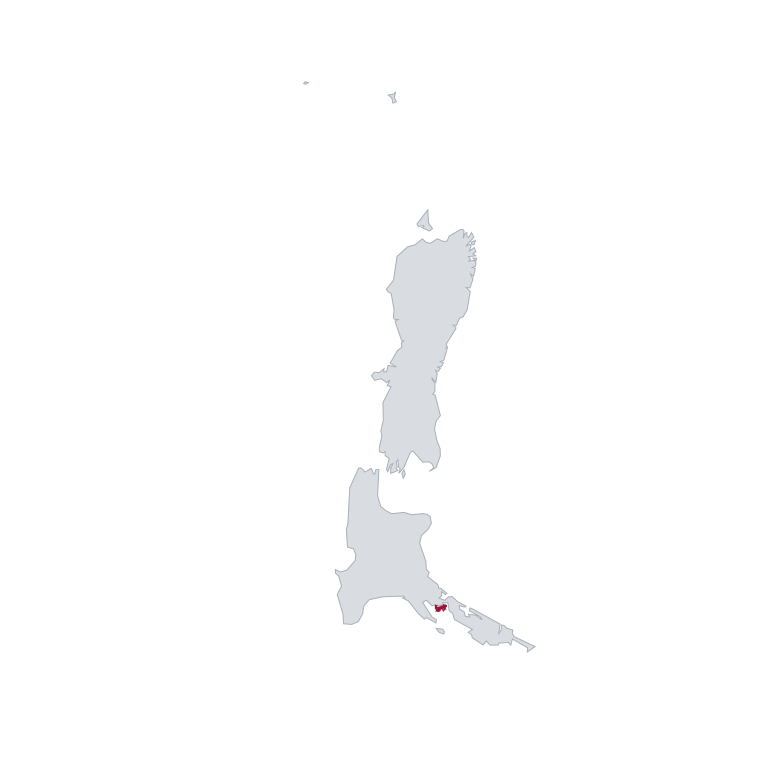 Waiheke Local Board Area, Auckland, New Zealand (highlighted), rotated 152°
{"feature_id": "76426892B70848202071782", "entity_name": "Waiheke Local Board Area", "entity_type": "district", "adm_level": 2, "iso_a3": "NZL", "parent_name": "New Zealand", "parent_adm1": "Auckland", "projection": "albers", "projection_center": [175.058, -36.805], "detail": "fine", "context": "in_parent", "style": "filled", "palette": "rose", "viewbox_px": 768, "rotation_deg": 152, "n_neighbors": 0, "source": "geoboundaries", "source_scale": "gbopen_adm2", "svg_char_len": 7675}
<svg xmlns="http://www.w3.org/2000/svg" viewBox="0 0 768 768"><g transform="rotate(152 384 384)"><path d="M389.9,311.1L392.9,311.2L405.6,301.0L411.0,298.8L412.4,298.6L409.5,301.6L410.2,303.7L407.3,310.6L409.8,309.4L411.3,304.7L413.0,303.8L412.3,301.1L420.1,301.9L417.5,306.7L413.4,309.5L416.0,309.7L421.8,304.7L421.8,307.6L414.3,315.8L416.6,320.2L414.7,323.9L416.9,323.4L419.8,326.2L418.1,329.9L410.0,339.4L408.8,344.1L401.5,352.5L393.7,368.0L379.1,378.3L382.0,381.0L376.9,384.8L381.0,384.0L383.9,389.9L390.5,391.6L391.2,397.2L386.9,398.9L382.7,396.3L376.7,397.5L378.6,395.1L376.0,393.6L371.6,398.5L365.0,393.1L368.8,399.5L356.3,407.3L351.0,408.1L349.3,412.2L346.3,412.6L348.1,413.8L344.8,434.3L341.3,434.4L344.6,436.5L344.2,438.6L340.3,444.7L335.2,460.5L337.5,464.0L337.3,466.6L327.0,471.1L312.6,490.5L299.0,494.0L291.0,492.3L282.0,494.2L280.2,489.1L276.9,486.5L268.7,487.2L264.5,481.8L261.0,480.6L257.2,484.0L244.5,484.5L242.1,483.8L241.4,481.7L245.7,475.5L241.6,479.0L239.7,478.8L241.3,476.0L240.8,473.6L235.7,476.6L235.7,471.5L247.1,467.2L242.5,467.1L242.0,465.4L246.3,461.2L240.2,462.1L240.9,457.6L244.3,457.2L242.8,454.1L249.9,456.9L248.8,453.8L251.4,452.7L246.5,450.8L246.0,447.6L248.3,444.9L251.5,445.7L249.2,443.1L254.5,437.0L256.1,441.2L256.1,434.9L263.0,428.5L266.1,430.6L264.4,425.2L275.8,410.4L282.5,406.2L286.3,406.6L292.4,401.9L295.3,403.4L294.0,400.4L294.8,398.9L310.6,389.9L310.5,387.3L312.3,386.8L311.0,386.2L320.0,376.9L323.9,377.3L321.5,374.9L325.2,372.4L329.1,374.0L326.8,371.4L330.2,369.6L332.1,371.8L332.1,368.4L337.4,361.1L338.7,366.7L339.3,365.9L338.8,360.3L342.6,353.6L345.7,352.1L344.0,350.2L349.1,329.6L355.3,326.9L360.5,320.6L363.9,309.1L364.8,300.6L368.0,294.1L377.2,285.8L385.0,285.6L379.6,286.6L379.0,290.7L380.7,294.3L386.4,296.7L389.9,311.1ZM381.1,83.7L390.3,98.6L394.7,93.9L395.5,97.4L404.2,101.3L405.8,99.9L413.0,103.7L414.2,109.0L419.0,107.2L425.3,118.5L424.3,121.4L426.3,125.3L421.2,125.8L432.4,143.0L431.1,149.1L432.9,153.2L430.3,160.9L434.9,163.2L436.5,161.3L445.9,166.1L448.2,173.3L452.4,173.1L451.0,155.8L448.3,151.3L450.3,148.6L456.2,157.8L458.7,157.4L461.4,165.0L464.4,181.2L468.0,186.3L466.0,185.4L465.6,186.7L467.5,188.2L485.0,196.7L498.3,200.5L506.0,197.5L510.7,191.1L518.3,186.2L525.4,186.9L532.3,191.3L528.2,200.3L524.1,220.1L516.3,225.6L514.2,235.6L515.6,239.8L514.0,243.0L510.9,238.5L504.0,237.1L492.2,241.8L488.9,246.7L488.4,253.0L492.8,257.1L485.5,273.3L481.4,277.8L462.9,308.5L445.8,321.7L443.5,320.5L442.1,315.2L434.9,315.5L435.4,309.4L434.5,308.7L431.7,312.1L428.6,311.0L442.1,288.4L444.4,277.3L441.9,271.4L438.1,265.9L426.6,261.2L421.0,255.6L410.1,251.1L406.9,248.4L405.5,244.8L407.6,238.7L413.5,235.0L422.1,232.6L427.3,226.6L430.3,207.7L433.6,200.8L432.5,196.5L435.9,193.5L430.6,181.5L431.6,177.8L430.0,177.3L426.7,169.6L428.7,169.3L430.7,173.6L432.5,170.0L435.9,169.2L431.9,164.4L427.1,165.8L423.7,164.4L421.1,157.1L415.8,149.3L417.3,149.0L421.6,152.9L423.0,149.8L420.2,145.3L421.3,140.7L417.8,138.1L417.5,141.0L411.5,136.8L408.1,129.6L408.2,133.3L415.1,143.7L413.3,145.9L412.1,144.8L394.2,117.5L399.9,109.9L396.4,111.4L393.2,116.1L391.4,114.2L390.3,110.7L385.8,106.3L387.8,103.5L387.7,99.8L373.9,81.2L383.3,80.1L381.1,83.7ZM272.2,497.9L277.2,504.5L274.7,504.2L274.9,505.6L279.6,506.8L279.8,509.8L263.5,517.3L269.1,505.2L268.2,498.4L272.2,497.9ZM242.8,633.0L244.6,637.1L239.3,635.4L236.7,636.6L240.3,632.1L240.5,627.5L244.3,627.8L242.8,633.0ZM451.8,138.5L452.8,143.8L447.2,139.9L447.0,137.1L448.4,135.2L451.8,138.5ZM410.1,296.8L406.7,298.8L407.5,294.4L411.3,291.7L410.1,296.8ZM240.8,465.8L240.6,468.3L235.9,467.7L239.3,464.6L240.8,465.8ZM312.6,685.5L313.9,687.0L311.7,687.9L309.3,685.6L312.6,685.5ZM245.1,449.5L246.4,453.4L243.1,451.7L245.1,449.5Z" fill="#d9dde1" stroke="#a8b0b8" stroke-width="1"/><path d="M438.9,160.0L438.7,160.0L438.8,160.1L438.7,160.2L438.9,160.2L439.0,160.2L439.3,160.1L439.4,160.3L439.4,160.2L439.5,160.2L439.7,160.3L439.7,160.5L439.6,160.4L439.6,160.6L439.4,160.5L439.5,160.6L439.7,160.8L439.8,160.7L439.9,160.8L440.0,160.7L440.2,160.8L440.3,160.8L440.4,160.7L440.5,160.4L440.6,160.5L440.7,160.3L440.7,160.1L440.8,160.1L440.7,160.4L440.7,160.5L440.9,160.6L440.8,160.8L440.8,161.0L441.1,161.1L441.1,160.9L441.3,160.5L441.3,160.3L441.6,160.3L441.5,160.6L441.4,160.7L441.3,160.8L441.6,160.8L441.5,161.0L441.8,161.0L442.0,160.9L441.9,160.8L441.8,160.7L442.1,160.6L442.2,160.4L442.3,160.4L442.2,160.2L442.3,160.1L442.2,160.0L442.3,160.0L442.2,159.9L442.3,159.7L442.1,159.6L442.1,159.4L442.0,159.2L442.3,158.8L442.6,158.8L442.7,158.6L442.9,158.7L443.0,158.8L443.3,158.4L443.2,158.2L442.7,158.0L442.4,157.8L442.4,157.6L442.6,157.6L442.4,157.5L442.2,157.6L442.1,157.8L441.9,157.9L441.8,158.1L441.9,158.3L441.5,158.3L441.4,158.4L441.4,158.5L441.3,158.4L441.3,158.5L441.2,158.5L441.1,158.4L440.9,158.4L440.7,158.3L440.6,158.5L440.7,158.8L440.5,159.1L440.3,159.0L440.2,159.1L439.6,159.1L439.5,158.9L439.4,158.7L439.5,158.6L439.4,158.4L439.4,158.6L439.1,158.7L439.1,158.8L438.9,158.9L438.8,158.7L438.7,158.8L438.6,158.7L438.6,158.8L438.4,158.8L438.3,159.0L438.1,159.0L438.1,158.8L438.2,158.7L437.9,158.5L437.6,158.5L437.8,158.6L437.7,158.7L437.4,158.6L437.5,158.7L437.4,158.9L437.5,158.8L437.5,159.0L437.3,159.0L437.6,159.3L437.5,159.6L437.5,159.9L437.5,160.0L437.6,159.9L437.8,159.7L438.0,159.7L438.0,159.4L438.1,159.2L438.3,159.2L438.3,159.4L438.6,159.5L438.4,159.6L438.5,159.7L438.3,159.9L438.3,160.0L438.4,159.9L438.5,159.9L438.5,159.7L438.8,159.6L438.7,159.5L438.8,159.4L439.0,159.3L439.1,159.2L438.9,159.5L438.9,159.4L438.9,159.5L439.0,159.6L438.9,159.7L439.0,159.7L439.2,159.4L439.3,159.4L439.3,159.6L439.7,159.6L439.4,159.8L439.4,159.7L439.1,159.7L439.0,159.8L438.9,159.9L438.9,160.0ZM434.2,158.3L433.9,158.4L433.5,158.4L433.4,158.5L433.2,158.8L433.2,159.1L433.3,159.3L433.4,159.5L433.5,159.6L433.7,159.9L433.8,159.8L433.8,159.7L433.8,159.8L434.1,159.8L434.3,159.7L434.4,159.8L434.5,159.7L434.8,159.6L435.0,159.5L435.0,159.2L434.9,159.1L435.0,158.8L435.0,158.7L434.9,158.7L434.6,158.5L434.5,158.4L434.2,158.3ZM442.9,160.8L442.9,160.6L442.7,160.8L442.4,160.9L442.6,160.9L442.5,161.1L442.6,161.3L442.5,161.5L442.4,161.6L442.2,161.6L441.9,161.6L442.1,161.7L442.2,161.8L442.3,161.9L442.3,162.1L442.4,162.3L442.5,162.4L442.4,162.5L442.5,162.6L442.7,162.8L442.9,162.8L443.1,163.0L443.2,162.8L443.2,162.5L443.4,162.2L443.3,161.9L443.2,161.9L443.1,161.7L443.1,161.4L443.1,161.2L443.2,161.3L443.2,160.9L443.4,160.8L443.5,160.9L443.6,160.7L443.3,160.6L443.0,160.7L443.1,160.9L442.9,160.8ZM435.8,157.5L435.5,157.2L435.5,157.3L435.6,157.6L435.5,157.8L435.3,157.9L435.1,158.0L434.9,158.2L435.0,158.3L434.9,158.5L435.0,158.7L435.0,158.8L435.2,159.2L435.4,159.4L435.5,159.2L435.9,159.0L435.9,158.9L435.9,158.7L435.9,158.4L436.0,158.4L436.1,158.5L436.1,158.3L436.1,158.0L435.9,157.8L435.9,157.7L436.0,157.7L435.9,157.5L435.8,157.5ZM436.1,159.7L436.2,159.9L436.3,160.0L436.2,160.2L436.2,160.3L436.4,160.3L436.6,160.0L436.7,159.9L436.3,159.8L436.1,159.7ZM436.3,156.5L436.2,156.6L436.3,156.6L436.2,156.8L436.3,156.8L436.3,157.1L436.5,157.1L436.6,156.9L436.6,156.7L436.3,156.5ZM442.4,163.0L442.1,163.2L442.0,163.3L441.9,163.4L442.0,163.6L442.1,163.4L442.4,163.2L442.4,163.0ZM443.3,160.0L443.2,159.8L443.1,160.1L443.1,160.4L443.3,160.4L443.2,160.1L443.3,160.0ZM435.0,160.5L434.8,160.5L434.9,160.8L435.1,160.6L435.0,160.5ZM443.2,159.4L442.9,159.3L443.1,159.5L443.2,159.4ZM437.1,155.9L437.0,156.0L437.1,155.9ZM444.0,159.2L443.9,159.2L443.9,159.3L444.0,159.2L444.0,159.2ZM436.9,155.7L436.9,155.9L436.9,155.7ZM442.0,163.7L442.1,163.8L442.1,163.7L442.0,163.7ZM437.1,160.0L437.1,159.9L437.1,160.0L437.1,160.0ZM438.0,156.5L438.0,156.4L437.9,156.5L438.0,156.5Z" fill="#f43f5e" stroke="#9f1239" stroke-width="1.5"/></g></svg>